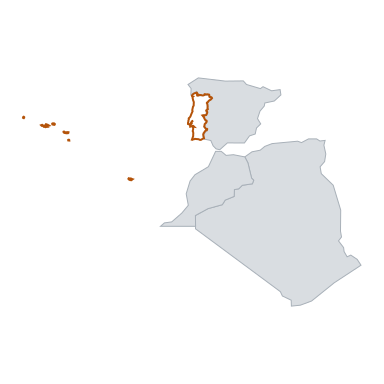 Portugal highlighted among its neighbors
{"feature_id": "PRT", "entity_name": "Portugal", "entity_type": "country or territory", "adm_level": 0, "iso_a3": "PRT", "parent_name": "Europe", "parent_adm1": "", "projection": "robinson", "projection_center": [-13.235, 37.393], "detail": "fine", "context": "with_neighbors", "style": "outline", "palette": "amber", "viewbox_px": 384, "rotation_deg": 0, "n_neighbors": 3, "source": "natural_earth", "source_scale": "50m", "svg_char_len": 4741}
<svg xmlns="http://www.w3.org/2000/svg" viewBox="0 0 384 384"><path d="M195.5,228.8L195.4,215.5L208.1,208.6L222.3,204.7L225.2,200.1L234.2,196.4L234.4,189.6L238.8,188.8L242.3,185.3L252.4,183.8L253.7,180.2L251.6,178.2L247.9,162.8L244.8,156.9L252.0,151.8L260.2,150.2L264.8,146.4L272.1,143.6L297.6,141.2L301.5,142.6L308.5,138.9L316.6,138.9L319.9,141.0L325.1,140.4L323.9,145.2L325.8,154.0L324.6,161.6L320.1,166.8L321.3,173.7L333.2,185.2L340.7,210.1L340.5,231.2L341.5,237.0L338.5,240.9L343.6,247.6L344.1,251.6L347.1,256.8L350.8,255.1L357.2,259.4L361.0,265.2L334.2,282.8L311.6,301.0L300.3,305.2L291.4,306.1L291.2,300.2L282.4,296.0L280.4,291.7L195.5,228.8Z" fill="#d9dde1" stroke="#a8b0b8" stroke-width="1"/><path d="M203.7,139.0L203.0,136.0L206.7,130.0L204.0,127.3L206.0,121.2L202.8,115.7L206.1,114.9L206.3,110.6L207.4,109.2L207.3,102.1L210.7,99.6L208.5,95.0L198.5,95.9L196.5,91.4L190.8,95.0L191.1,88.5L188.0,84.5L198.3,77.9L225.3,81.1L243.3,80.9L246.5,84.5L260.4,88.6L263.0,86.7L271.6,90.8L280.1,89.6L280.9,94.9L274.3,101.0L264.8,103.0L264.3,106.0L260.0,111.1L257.5,118.6L260.7,123.9L256.5,128.0L255.2,134.0L249.5,135.9L244.4,143.0L227.4,142.9L219.8,149.7L216.1,148.9L213.1,145.8L210.8,140.5L203.7,139.0Z" fill="#d9dde1" stroke="#a8b0b8" stroke-width="1"/><path d="M164.4,222.9L171.7,221.9L181.8,213.1L188.3,205.3L186.2,193.8L190.1,181.0L195.0,174.7L208.4,166.7L215.6,151.4L221.3,151.4L226.1,155.4L233.4,154.7L244.8,156.9L247.9,162.8L251.6,178.2L253.7,180.2L252.4,183.8L242.3,185.3L238.8,188.8L234.4,189.6L234.2,196.4L225.2,200.1L222.3,204.7L208.1,208.6L195.4,215.5L195.6,226.3L160.5,226.3L164.4,222.9Z" fill="#d9dde1" stroke="#a8b0b8" stroke-width="1"/><path d="M192.8,94.5L193.4,93.9L194.1,93.5L194.5,93.3L196.1,92.9L196.5,92.7L196.9,92.7L197.0,92.9L197.2,93.3L197.5,93.6L197.6,93.8L197.0,94.6L196.9,94.9L197.2,95.4L197.3,95.6L197.9,95.6L198.6,95.3L199.2,95.0L199.3,95.1L200.9,95.0L201.2,95.1L201.5,95.2L202.2,95.4L203.0,95.5L204.0,95.2L204.5,94.9L204.5,94.6L204.5,94.3L204.7,94.2L204.9,94.1L205.3,94.3L205.8,94.4L207.0,94.4L207.7,94.3L208.2,94.5L208.9,94.5L209.2,94.7L209.3,95.1L209.4,95.9L209.4,96.6L209.5,96.9L209.9,97.0L210.6,97.0L211.3,97.2L211.8,97.6L211.9,98.0L212.0,98.2L211.8,98.4L211.4,98.9L210.6,99.7L209.4,100.3L208.5,101.1L207.9,102.1L207.1,102.5L206.9,102.7L206.8,103.0L207.4,104.2L207.5,105.1L207.7,106.3L207.6,106.6L207.6,107.8L207.5,108.2L207.5,108.5L207.8,108.8L207.9,109.1L207.5,109.5L206.8,110.0L206.3,110.3L206.2,110.7L206.3,110.9L207.1,111.7L207.3,112.1L207.2,112.8L206.7,114.1L206.3,114.9L206.2,115.0L205.7,115.2L203.2,115.2L202.5,115.4L202.6,115.5L203.2,116.5L203.9,117.1L204.1,117.2L204.3,118.4L205.4,120.2L206.4,120.5L206.7,121.0L206.7,121.6L206.4,122.3L205.8,123.1L205.1,123.6L204.7,124.1L204.6,124.7L204.5,125.5L204.3,126.1L204.2,126.5L206.1,129.0L207.1,128.9L207.2,129.0L207.1,129.6L206.8,130.3L206.4,130.4L205.5,130.7L204.7,131.6L204.1,132.7L203.6,133.2L203.2,134.5L203.3,135.1L203.5,136.0L204.0,138.3L203.4,138.4L200.8,139.9L200.0,139.9L198.5,139.2L195.8,139.0L194.9,138.8L193.9,139.3L193.0,139.3L192.4,139.8L191.9,139.7L192.4,138.4L193.2,136.0L193.2,134.5L193.3,133.2L193.1,131.9L192.7,131.1L193.2,129.0L193.1,128.0L192.6,126.6L194.2,126.8L193.7,126.3L193.2,125.9L192.7,126.0L192.3,126.0L190.9,126.5L190.2,126.7L190.1,125.7L189.7,124.7L190.3,124.4L190.9,124.3L191.5,123.8L191.8,123.3L191.6,122.4L192.0,121.5L193.1,120.8L192.6,120.9L191.9,121.3L190.9,123.0L190.6,123.9L189.7,124.1L188.9,124.3L188.5,124.2L188.0,124.0L188.0,123.3L188.0,122.8L188.3,121.9L188.4,120.5L188.9,119.2L188.8,118.9L188.7,118.4L189.1,117.9L189.6,117.6L190.4,116.5L191.4,113.9L192.6,111.2L192.5,110.9L192.3,110.6L192.3,109.9L193.0,106.7L193.3,106.3L193.7,105.4L193.7,103.9L193.8,102.8L193.8,102.3L193.7,101.7L193.2,100.5L192.6,98.0L192.6,97.1L193.0,96.7L192.3,96.6L192.0,96.1L192.0,95.5L192.8,94.5ZM65.0,132.2L65.5,132.3L67.9,132.1L68.5,132.2L68.4,132.9L68.0,133.2L66.5,133.3L64.3,132.9L63.6,132.3L63.5,131.9L63.5,131.7L64.0,131.5L65.0,132.2ZM128.8,178.2L129.8,178.6L130.8,178.4L132.0,179.0L132.6,179.2L132.0,179.6L131.5,180.2L130.1,180.1L128.9,179.5L128.5,179.1L128.4,178.7L128.8,178.2ZM46.3,126.5L46.9,126.9L45.9,127.0L45.6,127.2L44.8,126.9L43.9,126.9L43.4,126.4L43.2,125.9L43.6,125.6L44.4,125.6L46.3,126.5ZM54.5,124.8L54.3,124.9L52.8,124.6L52.3,124.3L52.2,123.6L52.5,123.4L53.2,123.3L54.2,123.4L54.8,123.9L54.8,124.5L54.5,124.8ZM49.1,125.6L48.8,125.7L46.8,125.0L46.1,124.7L45.2,123.9L47.8,124.8L49.1,125.6ZM24.2,117.7L23.8,118.2L23.2,118.0L23.0,117.8L23.3,116.9L23.7,116.7L24.2,117.1L24.2,117.7ZM42.6,125.9L41.8,125.9L41.1,125.2L42.2,124.8L42.5,125.0L42.7,125.3L42.8,125.6L42.6,125.9ZM69.3,140.3L69.3,140.5L68.9,140.4L68.3,140.5L68.1,140.0L68.3,139.8L68.9,139.7L69.2,139.9L69.3,140.3Z" fill="none" stroke="#b45309" stroke-width="2"/></svg>